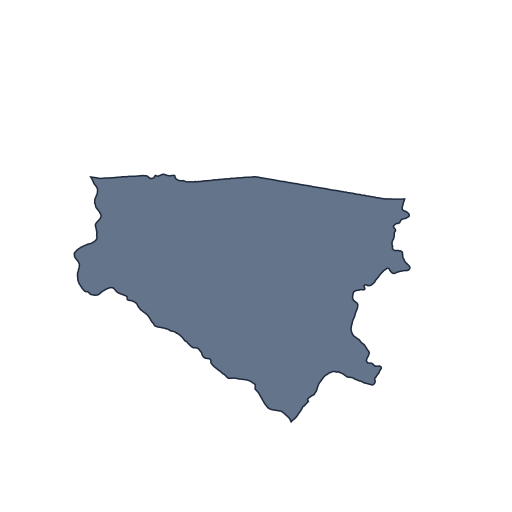 the district of Morales, Izabal, Guatemala, rotated 224°
{"feature_id": "79465075B97649712901036", "entity_name": "Morales", "entity_type": "district", "adm_level": 2, "iso_a3": "GTM", "parent_name": "Guatemala", "parent_adm1": "Izabal", "projection": "robinson", "projection_center": [-88.797, 15.422], "detail": "fine", "context": "isolated", "style": "filled", "palette": "slate", "viewbox_px": 512, "rotation_deg": 224, "n_neighbors": 0, "source": "geoboundaries", "source_scale": "gbopen_adm2", "svg_char_len": 6121}
<svg xmlns="http://www.w3.org/2000/svg" viewBox="0 0 512 512"><g transform="rotate(224 256 256)"><path d="M115.5,161.1L115.6,162.0L115.6,162.4L115.6,163.0L115.6,163.5L115.5,163.8L115.3,164.5L115.2,165.0L115.2,165.5L115.2,167.1L115.2,168.1L115.2,168.5L115.3,169.2L115.4,169.9L115.8,171.9L116.1,174.3L116.4,175.7L116.7,177.4L117.0,178.2L117.2,178.8L117.4,179.4L117.5,179.8L117.5,180.1L117.5,180.6L117.2,181.3L117.3,186.6L117.3,187.2L117.3,187.9L117.8,188.0L118.3,188.0L118.9,188.4L119.4,188.7L119.4,191.2L118.6,194.8L118.1,195.9L118.0,197.4L118.4,198.2L118.7,200.8L119.7,202.7L121.2,205.5L121.5,206.7L122.0,207.3L123.2,216.1L123.1,218.4L122.4,220.8L122.2,222.6L121.2,224.3L121.1,225.1L120.5,226.2L119.1,227.7L118.2,227.9L117.2,228.6L116.3,230.1L115.1,230.1L113.9,230.9L111.1,231.7L106.4,232.3L105.4,233.0L105.0,233.6L104.3,233.8L102.8,235.0L101.1,235.9L99.0,236.1L98.3,236.7L95.6,237.6L93.4,238.9L89.6,240.0L89.3,240.4L83.1,243.8L82.3,244.7L82.2,246.4L82.5,247.6L83.4,248.9L84.7,249.5L85.6,250.6L85.6,252.6L86.0,253.2L86.4,257.5L87.2,259.2L87.7,261.9L88.3,262.8L89.1,263.1L90.8,262.7L92.2,260.9L93.8,259.8L94.0,259.3L96.7,259.5L98.3,259.2L101.4,256.7L103.8,257.2L104.1,257.8L104.8,258.8L106.0,262.7L106.5,263.4L107.0,264.8L108.7,265.8L111.1,265.9L112.4,266.5L116.6,267.4L120.1,266.9L123.8,267.5L125.1,267.1L130.4,266.4L133.1,267.1L136.3,268.8L139.0,272.3L140.1,274.5L140.8,275.3L142.0,277.9L142.8,280.4L145.0,284.5L146.8,289.0L149.1,291.9L150.4,292.3L155.3,291.9L157.5,293.0L158.4,294.0L160.5,297.2L160.7,298.9L159.9,300.9L157.9,303.4L157.8,303.9L156.5,305.4L155.3,306.1L154.7,307.1L154.8,308.0L155.5,308.3L156.0,308.8L157.6,309.4L157.5,311.3L156.4,312.0L155.2,312.1L154.3,313.0L153.4,314.0L152.7,315.9L152.5,319.8L153.1,321.2L153.3,325.5L153.9,329.0L153.9,335.2L153.4,336.0L153.3,338.0L152.3,339.0L151.0,339.2L149.8,338.6L146.8,338.3L146.3,338.6L145.4,338.6L144.1,339.9L143.7,341.4L141.8,344.9L139.0,348.8L137.5,350.1L136.4,352.0L136.7,353.9L137.5,354.8L138.3,355.2L145.2,355.4L146.9,356.3L149.3,356.9L152.8,360.0L153.8,360.5L154.5,360.3L155.9,360.0L156.2,359.4L157.7,358.7L158.4,357.9L159.9,356.3L161.2,355.9L162.3,356.1L162.9,356.2L163.4,356.5L163.8,356.8L164.1,357.4L164.7,358.1L165.8,358.5L166.9,359.5L168.0,361.0L168.5,362.0L168.9,363.8L170.2,366.1L172.8,368.9L173.0,370.7L173.5,371.5L174.4,372.0L177.2,372.3L178.0,373.3L177.8,376.0L177.4,377.2L176.2,378.3L175.8,379.8L176.1,380.4L176.7,382.8L176.3,384.4L174.5,386.9L173.6,389.9L173.6,391.1L174.3,392.0L175.4,392.5L178.0,392.4L179.4,392.2L179.8,391.7L181.6,391.1L183.4,391.3L184.7,392.6L185.8,394.9L186.5,395.8L187.6,398.0L187.6,398.5L188.5,399.7L188.7,400.3L189.5,399.6L189.6,399.2L192.5,396.4L197.3,391.7L199.0,390.5L201.0,388.2L201.4,388.2L203.0,386.5L203.2,386.2L203.6,386.2L204.4,385.5L208.5,382.8L210.4,381.2L211.2,381.0L215.0,378.3L217.1,377.0L218.0,376.1L220.2,375.1L221.4,373.7L223.9,372.5L225.8,370.9L227.7,369.7L227.9,369.2L228.5,369.2L230.4,368.1L232.0,366.7L232.4,366.7L233.9,365.2L234.6,365.0L235.1,364.9L237.1,363.2L238.4,362.6L239.7,361.4L241.3,360.7L241.5,360.2L243.3,359.2L245.4,357.6L247.9,355.7L248.5,355.5L249.2,354.9L249.8,354.6L251.7,353.5L257.5,349.4L261.7,346.5L262.8,345.6L265.9,343.9L266.4,343.3L267.9,342.5L270.7,340.3L271.1,340.3L271.4,339.8L273.8,338.2L274.2,338.0L277.4,336.0L279.6,334.2L282.3,332.6L283.6,331.4L286.8,329.6L290.1,327.0L295.7,323.4L308.3,314.7L308.6,314.7L309.9,313.8L310.3,313.3L311.5,312.6L312.9,311.1L314.3,309.3L319.0,304.5L320.8,302.1L322.2,300.8L324.2,298.6L325.3,296.9L326.2,296.3L326.7,295.7L328.1,294.4L328.2,293.8L329.7,292.1L330.8,290.8L331.3,290.7L332.8,288.4L333.2,288.3L335.5,285.4L335.9,285.4L336.5,284.2L339.1,281.6L339.8,280.7L340.8,279.1L345.4,274.1L346.1,272.9L346.6,272.8L346.7,272.3L348.2,270.4L349.6,269.2L350.1,268.3L350.8,267.5L351.2,267.5L351.7,267.2L352.1,266.1L353.5,265.0L357.4,261.1L360.7,259.7L362.0,258.2L364.3,256.5L366.6,255.9L368.8,256.4L370.3,257.4L371.7,256.4L373.8,253.6L376.0,252.2L378.9,250.9L379.7,250.2L380.5,248.6L381.5,246.1L382.2,245.1L382.7,244.8L383.3,244.5L384.0,244.3L384.4,244.0L384.2,242.4L383.8,241.8L384.0,240.6L384.4,240.0L385.7,238.4L386.9,238.3L387.3,237.9L388.1,238.1L390.2,237.8L394.0,234.6L394.3,234.1L398.6,229.1L403.0,224.8L403.9,223.4L407.3,220.1L408.4,218.4L409.3,217.6L411.0,215.6L411.3,215.5L411.3,215.1L413.7,212.5L418.0,207.8L418.5,207.6L421.4,204.0L423.0,202.8L426.7,200.3L429.8,198.0L428.9,197.8L427.7,197.5L424.7,196.4L423.1,195.6L418.7,194.9L416.9,194.3L415.6,193.2L413.8,191.0L413.0,189.4L413.1,189.0L412.2,187.5L412.2,186.9L411.1,184.5L408.6,181.8L407.2,181.4L405.7,180.2L404.3,179.7L399.3,179.0L396.1,177.9L395.4,177.3L394.7,176.5L394.0,174.1L393.9,169.2L393.5,167.2L392.0,165.8L389.7,164.5L388.1,163.2L387.5,163.1L384.9,160.1L382.8,158.4L382.4,157.7L382.5,157.2L382.2,156.7L382.3,154.2L383.5,150.1L385.1,147.9L387.9,141.0L388.9,136.3L388.8,132.6L388.5,131.5L387.5,130.9L386.8,130.0L385.3,129.3L383.6,128.9L380.1,128.5L377.4,127.6L374.8,124.4L374.4,123.0L373.3,121.7L373.0,120.8L372.4,119.6L370.8,117.9L367.2,114.8L364.1,113.3L358.2,111.9L354.8,111.7L353.7,112.1L352.1,113.5L348.5,113.4L345.2,115.4L343.5,117.1L342.5,118.7L341.9,123.9L340.5,128.8L339.0,131.8L337.6,133.3L336.8,133.5L336.3,134.0L331.4,133.5L329.4,133.8L321.5,137.1L320.5,137.1L318.6,135.4L317.3,135.4L314.3,137.5L311.0,138.7L308.5,138.8L306.1,137.9L301.8,137.2L293.3,138.2L289.5,137.5L285.7,136.4L282.1,136.0L280.4,135.4L277.7,136.5L274.4,138.8L273.3,139.3L272.5,140.1L271.0,140.8L270.3,141.0L269.1,142.0L265.1,142.9L263.9,143.8L262.8,144.5L261.2,145.2L259.5,145.2L259.0,145.7L256.5,146.1L252.7,146.3L248.3,145.6L245.7,146.3L244.9,146.0L240.7,145.9L238.7,146.1L237.5,146.4L235.1,148.5L233.0,149.3L228.0,148.6L225.7,147.3L223.6,146.9L221.8,147.1L221.0,147.6L218.0,149.8L216.2,149.7L215.5,149.1L214.1,147.8L213.1,147.6L209.9,147.3L202.9,147.9L202.5,148.2L197.8,148.3L197.0,148.8L191.7,148.7L190.7,149.0L186.3,153.6L182.3,156.0L181.4,156.9L176.5,160.5L173.3,162.0L167.5,163.0L166.5,162.3L164.3,159.7L159.4,159.4L147.1,155.8L142.1,155.1L140.1,155.5L138.0,156.4L130.1,161.8L127.3,162.3L121.3,162.5L119.0,162.4L115.5,161.1Z" fill="#64748b" stroke="#1e293b" stroke-width="1.5"/></g></svg>